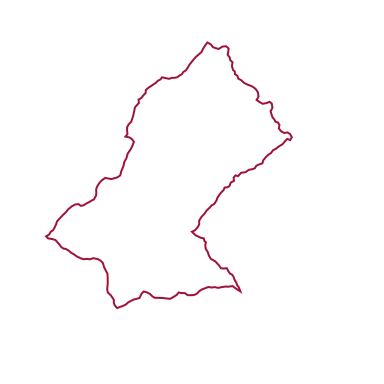 the district of Lutécia, São Paulo, Brazil, rotated 36°
{"feature_id": "56859067B80784550128489", "entity_name": "Lutécia", "entity_type": "district", "adm_level": 2, "iso_a3": "BRA", "parent_name": "Brazil", "parent_adm1": "São Paulo", "projection": "mercator", "projection_center": [-50.379, -22.322], "detail": "fine", "context": "isolated", "style": "outline", "palette": "rose", "viewbox_px": 384, "rotation_deg": 36, "n_neighbors": 0, "source": "geoboundaries", "source_scale": "gbopen_adm2", "svg_char_len": 3328}
<svg xmlns="http://www.w3.org/2000/svg" viewBox="0 0 384 384"><g transform="rotate(36 192 192)"><path d="M199.7,329.9L201.3,327.3L203.1,324.7L204.7,321.8L205.1,319.3L206.2,316.8L208.0,313.3L211.8,308.7L211.0,304.0L211.4,300.9L214.3,299.8L217.9,299.2L221.4,299.7L224.1,299.5L227.1,297.3L230.0,295.4L233.9,293.1L237.0,291.4L238.7,287.8L240.1,284.3L240.3,281.1L242.9,279.9L245.7,278.0L249.2,278.0L251.6,276.2L254.2,274.2L255.8,271.2L256.1,268.2L257.1,265.3L258.7,262.9L261.0,259.3L264.1,257.7L266.3,255.6L269.5,254.2L272.4,251.0L274.8,248.7L276.9,247.4L280.1,244.3L284.9,244.3L289.6,244.0L285.9,241.6L283.2,240.8L281.1,239.2L278.2,238.1L275.3,236.1L273.1,235.3L270.8,235.7L268.2,234.8L264.9,233.2L262.6,235.3L260.2,236.7L257.3,235.6L254.4,235.0L251.4,234.4L246.5,235.0L243.0,233.5L240.1,231.3L236.5,229.9L233.9,227.1L232.9,224.6L230.6,224.2L228.8,222.6L225.8,223.9L220.3,224.9L215.3,224.2L216.9,221.3L217.3,217.7L216.9,214.0L214.6,210.9L214.3,206.6L214.9,202.1L214.7,198.5L215.5,194.1L215.7,191.3L217.0,188.8L216.8,184.4L215.9,181.5L215.8,176.0L216.4,171.9L215.8,169.2L217.9,167.4L218.8,165.0L217.8,161.6L219.4,158.3L217.2,155.9L217.4,153.0L220.0,152.0L220.4,147.6L223.7,144.5L224.9,140.7L227.4,138.1L228.9,135.8L228.6,132.9L230.0,130.4L232.1,127.4L231.0,124.5L231.2,120.5L231.9,116.8L233.0,114.1L233.0,110.7L234.5,107.5L235.5,104.1L237.2,99.9L237.4,96.0L237.9,93.1L240.9,92.3L240.6,89.0L237.2,87.5L234.3,87.7L231.9,90.0L228.3,90.5L224.8,89.5L223.4,86.4L220.9,85.3L218.1,86.1L215.9,84.9L213.3,84.3L211.1,82.8L208.1,80.4L207.6,76.6L204.4,73.5L201.7,73.5L200.0,76.3L197.3,79.1L193.5,79.5L190.2,79.6L189.7,75.6L186.7,72.6L183.1,71.3L180.5,71.1L177.5,71.4L174.3,72.4L170.1,73.1L166.1,72.6L162.9,73.1L160.4,71.3L157.5,71.4L155.8,69.4L153.4,69.1L150.3,66.7L148.5,63.2L145.5,62.9L143.5,61.0L140.3,60.1L138.7,56.9L137.2,54.3L133.8,54.1L131.2,56.4L129.5,60.6L126.6,61.7L123.9,62.5L120.4,61.5L116.6,62.0L116.5,65.8L116.8,69.8L117.4,73.0L116.7,76.6L115.7,80.3L115.5,83.2L115.3,86.1L115.1,90.4L115.5,93.8L115.5,97.3L114.4,100.1L114.6,102.7L113.4,105.2L112.6,107.8L111.0,109.7L108.8,111.3L106.8,114.0L103.6,115.4L100.4,116.8L100.3,119.5L99.0,122.1L98.5,125.1L97.6,127.6L96.6,130.4L95.5,133.2L94.7,136.5L96.3,139.3L95.8,142.5L95.8,145.7L94.4,148.6L96.7,151.2L96.4,153.9L96.1,157.1L97.2,159.5L98.7,162.7L99.9,165.7L101.5,170.9L101.0,174.5L101.5,177.9L103.1,180.1L105.8,183.2L105.6,186.3L109.3,184.6L112.2,184.5L115.5,185.5L116.7,189.9L117.3,193.6L117.4,198.8L119.1,203.3L119.5,207.2L121.4,211.6L122.6,216.8L124.2,220.8L123.0,224.1L121.1,226.5L119.3,228.8L117.1,229.9L113.4,231.7L111.9,236.7L111.8,240.3L112.1,243.9L113.1,246.5L114.7,248.4L116.4,251.0L117.0,255.8L115.7,258.1L114.8,260.6L113.4,263.1L112.0,266.7L110.0,268.6L107.3,268.5L104.6,271.1L103.2,274.2L102.0,278.8L101.9,282.3L101.1,286.5L100.4,292.0L100.1,295.4L101.0,297.8L101.7,301.4L102.1,304.4L101.1,307.1L101.4,310.4L100.0,313.6L102.8,314.1L106.7,312.2L109.7,311.1L112.4,311.7L115.9,312.5L118.6,313.4L121.3,313.3L123.4,312.2L127.0,311.9L129.5,312.2L132.6,311.9L136.9,311.8L141.2,311.0L144.0,310.0L145.8,308.2L149.0,306.4L151.0,303.6L155.4,301.6L158.5,301.3L161.6,301.8L165.1,304.5L169.2,306.6L171.5,307.7L174.0,310.7L176.0,313.4L177.7,315.7L180.3,320.2L182.9,322.8L187.1,323.3L192.0,325.1L194.0,327.7L196.2,329.1L199.7,329.9Z" fill="none" stroke="#9f1239" stroke-width="2"/></g></svg>